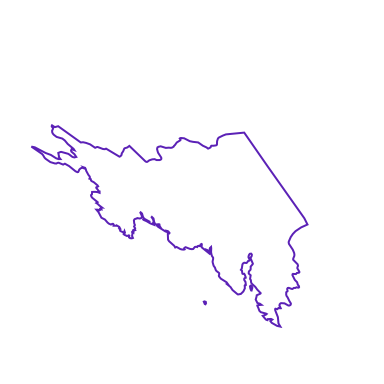 map outline of Norðurland eystra (Equal Earth projection), rotated 219°
{"feature_id": "ISL-702", "entity_name": "Norðurland eystra", "entity_type": "Region", "adm_level": 1, "iso_a3": "ISL", "parent_name": "Iceland", "parent_adm1": "", "projection": "equal_earth", "projection_center": [-17.153, 65.518], "detail": "fine", "context": "isolated", "style": "outline", "palette": "violet", "viewbox_px": 384, "rotation_deg": 219, "n_neighbors": 0, "source": "natural_earth", "source_scale": "10m", "svg_char_len": 6027}
<svg xmlns="http://www.w3.org/2000/svg" viewBox="0 0 384 384"><g transform="rotate(219 192 192)"><path d="M38.6,143.0L41.6,141.5L47.7,140.5L49.9,141.0L49.3,143.4L50.7,143.1L53.1,140.9L52.7,139.9L53.9,139.4L55.7,139.6L59.1,140.3L57.4,143.1L57.2,144.2L57.9,144.1L62.9,141.9L64.9,142.1L67.9,143.9L69.1,144.4L69.8,144.9L69.0,146.1L67.0,148.0L68.9,147.9L71.3,146.9L74.8,148.5L76.0,151.3L76.7,152.5L74.9,156.0L75.0,156.6L79.9,157.2L83.1,158.1L88.1,158.4L89.5,159.2L90.7,160.5L92.2,161.0L94.0,164.2L96.4,164.3L96.9,164.6L97.8,166.1L97.6,168.2L97.9,169.0L99.5,171.0L99.4,174.1L99.6,174.6L105.4,177.7L105.1,178.7L105.4,180.0L106.2,181.1L107.3,181.3L108.2,180.3L108.1,179.0L107.6,177.6L106.9,176.7L104.5,175.6L104.2,174.8L105.0,173.5L104.8,171.8L105.1,171.0L106.9,169.9L107.4,168.5L107.2,167.4L105.1,163.8L105.0,162.3L103.7,162.3L101.5,160.3L100.8,160.4L100.0,161.3L99.1,161.0L97.0,159.8L96.3,159.2L96.9,158.2L96.7,157.2L95.8,156.4L93.9,155.8L91.6,153.6L91.7,153.1L92.2,153.1L92.2,152.5L90.3,150.4L89.5,147.0L89.9,143.5L91.8,141.3L92.7,141.2L98.8,141.3L102.3,142.4L106.3,142.4L105.7,142.9L108.3,143.6L115.0,142.8L117.9,143.4L118.5,143.9L119.2,145.4L119.8,146.0L120.5,146.1L123.3,146.0L124.4,146.3L126.6,147.7L128.8,148.3L131.5,150.2L132.3,151.0L133.4,153.2L134.2,154.2L136.4,154.9L137.5,155.7L139.3,157.2L141.6,160.3L142.6,161.3L142.8,159.8L142.3,158.7L140.7,156.6L143.6,156.5L146.3,155.6L140.0,155.8L138.4,155.1L149.2,155.1L150.0,155.4L151.5,157.6L151.9,157.6L152.3,156.6L152.1,156.0L151.5,155.6L151.5,155.1L153.1,154.2L153.5,153.5L153.3,152.5L154.4,152.0L155.2,151.0L155.2,148.5L156.1,147.5L157.8,146.5L162.2,145.1L162.6,144.2L162.7,143.3L162.4,142.9L161.7,142.7L162.0,142.2L163.4,141.1L165.2,140.3L169.4,139.6L170.1,138.3L171.9,139.0L178.8,139.3L180.6,139.9L184.6,144.4L184.6,145.5L183.7,145.5L183.7,146.0L185.3,146.4L186.2,146.4L187.0,146.0L185.5,145.5L187.9,144.6L196.5,143.6L199.0,143.9L196.9,144.1L194.8,144.9L195.7,145.2L196.9,146.3L197.4,146.2L199.6,144.1L200.4,143.9L202.4,144.8L205.3,147.2L207.5,147.4L207.5,147.0L205.3,146.3L203.5,145.2L203.0,144.2L202.7,142.9L201.4,142.4L204.5,141.4L209.1,140.7L211.9,139.9L213.5,139.9L207.5,141.4L205.6,142.4L211.6,141.3L213.0,141.3L214.7,142.0L217.3,143.8L219.1,143.9L219.1,143.4L216.7,142.3L215.5,141.4L214.9,140.6L215.2,139.5L215.9,138.5L218.1,137.3L218.1,136.9L219.3,135.2L219.5,134.5L219.3,133.4L217.1,131.2L215.6,130.4L215.3,128.7L213.4,128.1L212.9,127.5L213.4,126.2L212.5,126.2L213.4,125.1L212.6,124.6L212.0,123.7L213.4,123.7L213.4,123.2L212.2,122.4L210.9,120.1L209.0,119.1L209.6,118.1L211.0,117.2L212.4,117.1L212.8,117.5L213.1,118.5L213.8,118.6L214.8,116.9L217.6,116.2L218.7,116.3L218.7,116.8L218.4,117.6L218.6,118.3L219.9,119.1L219.4,117.6L223.1,116.6L225.6,118.0L226.8,118.1L225.4,118.6L226.6,119.1L229.6,118.6L229.6,118.1L231.8,116.4L232.4,117.4L233.2,117.6L233.9,117.1L234.5,115.7L236.6,115.1L238.4,115.1L242.3,115.8L246.2,115.0L252.0,117.5L255.2,118.1L254.3,118.8L252.4,119.5L252.0,120.6L252.9,120.6L252.9,121.1L251.5,121.6L252.9,122.7L252.1,123.3L255.5,123.2L258.2,123.4L259.4,123.2L259.0,124.7L265.5,124.7L266.7,124.9L267.8,125.4L268.5,126.0L268.3,127.2L269.7,129.2L266.9,131.5L265.3,132.5L263.3,133.2L264.2,134.3L265.0,133.9L266.8,134.5L269.1,135.0L269.3,135.5L268.5,137.3L269.5,137.7L274.5,137.8L276.9,137.3L277.7,137.4L278.8,138.3L280.1,137.8L280.3,138.6L280.7,139.3L281.4,139.7L283.3,140.1L287.6,141.9L288.9,142.9L290.3,143.5L291.9,142.9L291.3,142.8L290.9,142.4L292.1,142.0L293.0,141.2L293.5,140.0L293.7,138.5L293.0,136.0L293.5,135.3L295.5,134.8L303.8,134.8L308.6,134.0L309.4,132.2L314.1,130.8L314.9,129.9L315.3,128.8L316.5,127.9L320.9,126.1L326.7,125.7L328.3,125.9L330.9,126.9L332.5,127.2L345.4,126.2L342.3,127.8L330.3,130.2L325.0,132.0L318.7,132.7L316.6,133.5L315.0,134.8L317.5,135.4L317.8,136.0L320.5,138.2L319.4,140.3L318.8,140.9L312.4,143.7L311.2,143.9L307.0,144.0L305.2,144.8L304.0,146.4L307.2,147.4L311.2,147.5L312.1,148.1L312.5,149.5L309.7,150.5L311.2,151.0L318.8,151.1L323.3,152.0L326.4,151.9L331.9,149.6L335.4,149.5L337.0,149.8L338.3,150.5L339.3,151.6L339.7,153.3L340.2,154.2L342.1,154.6L342.5,154.9L342.7,155.7L339.4,156.1L337.4,158.9L309.6,160.5L308.0,162.1L305.2,163.5L301.2,164.9L295.1,165.4L294.2,167.1L293.6,167.6L288.2,169.4L286.6,170.5L286.1,171.6L270.6,173.8L270.1,174.8L270.1,176.5L270.9,177.8L271.1,180.3L271.9,182.9L271.9,183.5L270.3,185.9L269.7,188.4L247.6,186.5L246.7,186.6L246.1,186.9L245.7,187.4L245.1,189.8L243.4,192.4L241.7,194.0L239.7,194.5L237.5,196.2L236.9,197.0L236.6,197.8L236.7,198.5L237.6,199.4L242.9,201.1L244.2,201.9L246.2,203.4L246.9,204.9L246.5,206.0L245.1,207.8L240.1,209.8L238.0,211.8L236.1,213.1L235.3,214.2L234.8,215.8L235.0,216.5L234.8,217.6L235.0,220.9L233.6,224.9L233.9,225.5L235.2,225.9L235.1,226.3L234.6,227.0L231.9,228.8L225.7,230.1L222.8,231.6L218.4,234.4L212.7,234.8L208.7,235.8L206.9,235.8L206.6,236.1L205.7,238.2L205.7,238.6L206.1,239.5L206.0,240.2L204.5,241.4L202.7,243.3L202.4,244.0L202.5,244.6L204.5,247.3L205.5,249.9L205.4,251.2L203.5,255.3L201.9,258.1L188.8,271.0L149.6,259.6L88.2,242.3L81.8,239.4L84.9,233.2L86.9,226.7L87.2,222.9L86.9,219.1L85.6,214.4L85.1,213.6L84.0,212.7L77.4,210.6L74.4,209.0L73.2,208.0L72.3,206.8L71.5,204.2L71.1,203.4L70.6,203.0L64.4,202.3L63.1,201.3L62.7,199.8L62.1,199.0L58.4,197.6L58.1,197.3L58.1,196.6L59.5,195.1L59.6,193.6L62.0,191.9L62.1,191.3L61.6,190.6L56.8,188.4L53.5,188.0L51.5,186.6L49.8,186.2L48.9,185.5L48.8,185.2L49.1,184.6L50.9,183.6L51.3,182.5L52.5,181.5L52.9,179.9L53.6,179.4L56.5,178.4L57.2,177.6L57.1,176.9L57.0,176.5L55.5,175.3L55.3,174.9L55.7,173.8L55.6,173.3L54.1,171.4L52.8,170.6L51.4,170.3L48.1,168.7L45.0,167.6L44.4,166.6L44.5,165.8L45.0,164.9L45.7,164.4L50.0,163.7L52.8,161.7L53.1,161.2L53.2,160.0L52.7,158.9L49.9,157.5L50.4,157.0L51.8,156.4L51.9,154.7L53.7,153.8L53.7,153.3L52.8,152.4L46.5,148.8L42.1,144.3L38.6,143.0ZM86.0,153.8L87.6,155.2L87.5,156.1L86.6,156.3L85.2,155.9L84.8,155.5L83.7,152.9L84.1,152.7L86.0,153.8ZM111.6,113.0L113.8,114.2L113.5,114.8L112.2,115.3L111.1,114.4L110.9,113.2L111.6,113.0Z" fill="none" stroke="#5b21b6" stroke-width="2"/></g></svg>